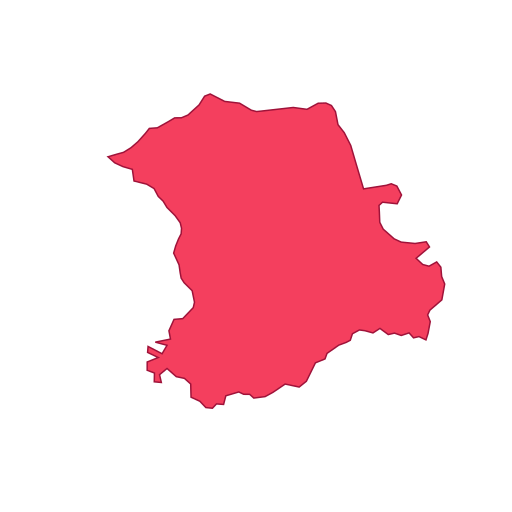 outline of Nova Santa Rita, Rio Grande do Sul, Brazil, rotated 145°
{"feature_id": "56859067B48200522919953", "entity_name": "Nova Santa Rita", "entity_type": "district", "adm_level": 2, "iso_a3": "BRA", "parent_name": "Brazil", "parent_adm1": "Rio Grande do Sul", "projection": "mercator", "projection_center": [-51.279, -29.846], "detail": "fine", "context": "isolated", "style": "filled", "palette": "rose", "viewbox_px": 512, "rotation_deg": 145, "n_neighbors": 0, "source": "geoboundaries", "source_scale": "gbopen_adm2", "svg_char_len": 1799}
<svg xmlns="http://www.w3.org/2000/svg" viewBox="0 0 512 512"><g transform="rotate(145 256 256)"><path d="M327.7,285.8L330.0,280.8L330.2,275.3L328.2,264.2L332.9,253.4L337.0,249.7L351.9,246.7L359.5,251.1L370.2,244.7L373.7,237.0L387.9,243.2L380.1,233.9L389.0,229.8L396.3,243.8L400.1,239.2L394.3,228.9L405.9,231.6L410.7,224.8L406.3,218.4L411.5,211.3L406.1,206.7L403.1,214.1L393.4,214.9L390.5,202.9L384.8,196.8L382.9,188.6L390.2,177.6L385.3,169.2L384.0,160.6L379.0,156.3L373.2,157.5L367.7,153.0L360.9,158.8L348.1,154.5L345.4,149.8L340.5,146.3L339.3,140.9L329.2,135.6L320.3,134.6L305.6,134.4L295.8,123.9L286.6,124.5L268.6,134.4L258.5,132.1L253.7,135.5L239.3,135.5L231.7,133.5L227.1,132.9L221.6,137.0L213.7,136.1L209.6,132.3L204.3,125.9L196.0,125.6L192.7,115.8L186.8,113.4L182.6,107.6L174.7,105.2L173.9,98.6L168.7,96.5L164.9,89.8L159.5,93.9L150.9,102.3L149.2,109.3L144.6,111.9L128.9,113.5L117.5,124.8L115.7,132.7L111.0,140.8L111.4,147.5L120.1,148.4L124.3,153.4L126.2,162.3L108.7,163.9L108.4,170.0L118.5,175.0L129.1,184.1L133.0,190.8L136.4,205.0L135.3,212.6L129.9,221.0L126.2,226.9L121.5,227.5L110.4,217.8L101.8,222.5L100.5,232.5L103.8,237.6L108.6,239.1L129.4,249.3L121.3,273.6L115.0,292.2L113.0,306.3L113.5,316.6L108.1,328.7L107.9,336.0L111.0,341.2L117.5,345.5L130.1,346.9L140.3,356.3L168.4,371.6L172.7,374.0L176.2,378.1L181.8,390.6L193.0,400.6L200.6,415.0L206.4,416.4L216.0,412.4L230.9,410.5L237.8,412.0L243.4,415.8L251.5,416.4L263.3,417.6L270.2,421.7L276.2,419.9L287.4,417.3L296.4,416.4L305.1,416.9L311.2,419.1L320.3,422.2L318.3,413.4L313.7,405.5L307.6,397.9L312.9,387.4L304.3,377.5L300.8,369.7L301.9,360.8L300.6,354.2L301.1,346.8L299.1,335.4L299.0,326.7L301.1,321.4L304.6,317.1L309.7,314.4L316.0,310.3L321.8,305.6L324.1,292.9L327.7,285.8Z" fill="#f43f5e" stroke="#9f1239" stroke-width="1.5"/></g></svg>